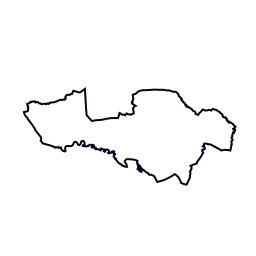 outline of Apulco, Zacatecas, Mexico, rotated 103°
{"feature_id": "50627088B1101262479506", "entity_name": "Apulco", "entity_type": "district", "adm_level": 2, "iso_a3": "MEX", "parent_name": "Mexico", "parent_adm1": "Zacatecas", "projection": "equal_earth", "projection_center": [-102.688, 21.456], "detail": "fine", "context": "isolated", "style": "outline", "palette": "ink", "viewbox_px": 256, "rotation_deg": 103, "n_neighbors": 0, "source": "geoboundaries", "source_scale": "gbopen_adm2", "svg_char_len": 5848}
<svg xmlns="http://www.w3.org/2000/svg" viewBox="0 0 256 256"><g transform="rotate(103 128 128)"><path d="M135.9,233.0L138.6,231.4L140.4,229.0L140.7,228.3L142.0,227.5L145.0,223.7L146.0,222.7L146.4,222.0L147.8,220.7L149.1,219.1L151.0,217.7L156.3,211.1L157.1,210.4L158.4,210.1L160.1,210.2L161.5,208.2L162.1,207.8L162.2,207.3L162.5,199.8L162.7,198.1L162.7,197.0L163.6,194.6L162.9,194.0L162.9,191.9L162.1,191.5L162.8,190.5L162.0,189.1L163.7,188.1L164.3,187.4L165.0,185.7L165.0,185.1L165.1,184.5L165.0,184.3L164.6,184.4L164.4,183.8L161.5,184.8L160.9,184.8L159.9,184.3L159.3,183.6L158.8,180.8L158.3,179.4L157.7,178.4L156.6,177.8L154.0,177.3L153.4,176.2L153.2,175.6L153.7,174.5L154.1,173.9L155.4,173.1L155.7,172.5L155.7,171.7L155.1,171.1L154.2,170.7L153.1,170.5L152.2,170.5L151.3,170.3L150.7,168.6L150.9,168.1L151.6,167.5L153.2,166.6L153.8,166.5L155.0,168.1L155.7,168.0L155.7,167.4L155.2,163.9L154.9,163.8L154.5,163.3L154.4,162.6L154.3,162.4L153.4,162.0L153.1,161.7L152.7,160.7L152.7,159.0L152.3,158.5L152.6,157.3L153.0,157.0L153.3,157.0L153.7,157.9L153.6,158.4L154.5,159.1L155.0,159.0L155.1,158.2L154.5,156.6L154.3,155.1L154.5,154.9L155.1,154.9L155.4,155.4L155.8,155.2L156.0,154.8L155.5,153.5L155.4,151.9L155.6,150.6L156.0,149.8L155.8,149.5L154.0,149.5L154.3,148.4L154.4,146.7L154.3,146.4L154.4,145.9L154.7,145.8L156.0,146.3L156.4,145.3L155.5,144.9L154.8,145.2L154.4,145.2L153.8,144.1L153.6,143.2L153.8,142.4L154.8,141.2L156.0,141.4L156.7,141.8L157.0,140.7L155.3,138.2L154.9,138.0L154.6,138.3L154.2,137.9L153.8,136.6L154.1,136.1L156.0,136.4L156.3,134.7L156.7,134.7L158.4,135.7L158.9,135.6L160.8,133.7L160.5,133.2L162.2,132.0L164.5,128.6L165.0,125.9L165.9,125.5L165.9,123.9L166.0,123.4L166.3,122.9L166.4,122.0L166.1,121.6L166.0,120.3L163.4,121.6L161.7,123.5L160.9,123.7L160.0,123.3L158.6,122.3L157.6,116.4L157.5,113.6L157.8,111.8L158.0,111.3L159.1,111.5L160.0,111.3L160.5,110.4L160.7,110.2L161.7,110.4L162.1,110.2L162.4,109.8L162.4,109.4L162.1,109.1L161.8,109.0L162.4,108.2L162.3,107.9L164.6,105.5L164.9,106.0L164.4,108.8L164.0,109.3L165.3,109.3L165.9,109.5L166.1,109.2L166.5,107.2L167.3,107.2L167.7,105.1L166.3,105.0L165.1,104.2L165.5,103.1L165.8,102.9L165.8,102.5L166.9,100.6L167.7,97.9L168.1,97.8L168.7,96.8L168.8,96.6L168.4,95.2L168.3,94.4L169.1,91.5L174.0,87.4L172.9,85.3L170.6,81.2L166.6,76.2L162.4,71.9L163.6,69.4L164.6,67.8L166.2,66.3L169.7,63.7L170.1,60.1L170.0,58.7L170.0,58.2L162.5,56.5L161.4,56.6L160.9,57.0L159.9,56.8L158.2,57.1L157.7,57.0L156.9,57.7L156.4,57.9L155.1,57.4L154.6,57.0L153.6,56.9L153.3,57.2L151.7,57.3L150.8,58.5L148.4,55.2L147.0,52.9L145.9,53.2L139.9,50.6L135.4,49.3L135.0,49.3L134.4,50.1L133.4,50.7L132.3,50.6L132.0,49.3L131.6,48.8L130.9,48.4L129.6,49.2L129.0,51.0L128.4,50.6L128.2,49.8L126.7,50.5L126.1,50.1L125.8,49.5L125.6,48.4L125.7,46.9L125.9,46.4L125.4,44.7L125.6,43.8L125.6,42.5L126.1,41.5L126.3,40.6L126.5,40.6L126.6,40.2L126.6,39.0L127.5,37.0L127.4,36.5L127.7,35.4L128.5,32.8L128.9,32.1L128.6,31.2L128.3,30.9L127.7,29.5L127.4,28.3L127.1,26.4L126.9,24.8L127.0,24.7L127.0,23.3L126.7,23.3L126.4,23.6L126.1,23.6L125.9,23.2L125.3,23.1L121.9,23.4L121.3,23.3L121.0,23.5L120.4,23.2L117.8,24.3L117.4,24.2L116.9,23.6L116.1,23.4L115.4,23.6L115.0,24.1L114.9,24.5L114.2,24.9L112.8,24.5L112.3,24.8L112.0,24.6L111.2,24.7L110.8,24.6L109.6,24.8L108.8,24.6L109.0,24.1L108.9,23.6L108.6,23.6L108.1,24.4L107.5,24.0L106.7,23.1L106.3,23.0L105.6,23.2L105.3,23.7L105.5,25.3L105.3,25.4L104.1,24.4L102.6,23.6L101.6,25.5L100.9,26.0L100.4,27.0L99.5,29.2L99.5,29.7L100.0,30.5L100.1,31.2L99.9,31.3L99.0,31.1L98.8,32.7L98.2,33.0L98.0,33.7L97.6,34.0L96.8,33.8L96.3,34.8L95.9,35.0L95.7,35.4L95.7,35.8L96.1,36.4L95.9,37.3L95.4,38.3L93.6,39.1L92.9,40.4L92.8,41.0L92.4,41.8L92.0,41.9L91.5,43.6L90.5,46.0L90.6,47.1L90.4,48.2L90.4,49.7L92.4,51.1L92.1,51.7L92.0,53.0L93.2,55.1L93.4,56.0L93.5,57.6L93.2,58.4L93.1,59.2L94.3,60.0L95.9,60.7L97.8,62.1L98.7,62.2L99.5,62.8L99.2,64.2L99.2,65.2L98.0,65.7L97.2,66.2L96.9,66.7L96.6,68.6L96.4,69.0L95.3,70.0L94.7,71.7L94.5,72.8L94.0,73.1L94.2,74.0L94.0,74.5L94.1,75.5L93.3,75.4L93.0,75.7L93.2,76.2L92.9,76.3L92.9,76.8L92.5,76.8L92.4,77.6L92.2,77.7L91.6,77.7L91.1,78.2L90.7,79.8L90.3,80.2L90.0,80.0L89.7,80.4L88.9,82.0L88.5,82.0L88.4,82.3L88.0,82.1L87.6,82.1L87.2,82.4L86.9,83.5L86.6,83.5L85.4,85.8L84.5,86.0L83.7,86.5L82.1,89.2L82.0,89.9L82.4,91.2L82.5,91.7L82.1,96.4L82.2,97.3L82.7,98.7L82.7,101.5L83.7,105.8L84.6,110.7L86.2,115.8L86.9,118.6L87.3,119.5L87.7,121.7L89.0,124.5L89.9,126.1L92.1,127.6L93.3,128.7L93.7,129.6L94.5,130.8L95.6,130.6L97.0,130.0L97.5,129.6L98.8,129.4L100.2,129.7L101.0,129.4L102.0,130.1L102.6,129.4L103.3,129.5L104.7,125.5L105.7,126.9L107.2,127.4L107.5,127.1L108.0,127.4L109.2,127.1L111.2,125.9L111.6,126.0L112.6,125.7L113.7,127.6L114.1,127.7L114.3,128.0L114.3,128.4L114.6,130.6L114.6,131.5L114.2,132.0L114.1,132.4L114.9,133.2L115.5,133.5L116.2,133.6L116.0,135.4L116.2,135.9L116.3,137.0L115.4,138.9L115.3,139.6L120.5,139.9L122.1,146.5L123.8,151.0L125.0,153.3L126.2,156.2L127.6,160.8L129.2,164.7L129.1,165.1L125.0,170.9L124.0,171.6L122.3,172.0L120.5,172.6L99.6,178.8L104.0,182.6L104.3,183.6L104.1,189.7L107.5,190.3L107.7,191.4L108.5,191.8L108.9,192.5L109.3,194.5L109.5,195.0L110.0,195.4L112.2,196.1L112.6,196.0L112.8,195.4L113.5,195.3L114.3,195.8L114.9,196.6L114.8,197.5L115.6,198.5L115.5,199.6L115.9,200.1L115.9,200.5L116.2,201.1L118.3,203.7L119.9,206.6L120.4,208.6L120.9,209.1L121.0,209.9L121.5,210.3L122.2,210.5L122.4,210.9L122.1,211.0L122.4,212.5L122.6,212.8L123.3,213.1L122.9,214.5L124.1,216.9L124.2,217.4L124.2,218.0L123.7,218.9L123.8,220.0L124.0,220.2L124.0,220.4L123.1,221.5L123.2,222.9L123.9,223.8L123.1,224.5L123.0,224.8L123.3,225.7L123.6,226.0L123.7,227.1L123.9,227.4L124.1,228.2L124.7,228.3L124.9,229.3L125.3,229.3L126.2,230.0L127.0,231.6L127.7,231.6L128.3,231.3L129.2,230.2L130.9,230.2L131.0,229.6L134.2,229.5L135.9,233.0Z" fill="none" stroke="#020617" stroke-width="2"/></g></svg>